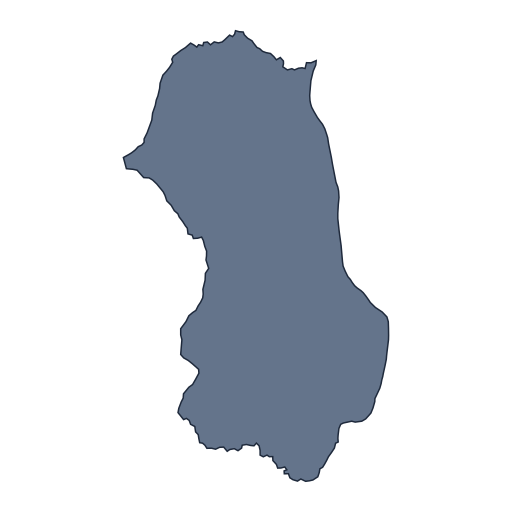 outline of Tupiratins, Tocantins, Brazil
{"feature_id": "56859067B80877563897035", "entity_name": "Tupiratins", "entity_type": "district", "adm_level": 2, "iso_a3": "BRA", "parent_name": "Brazil", "parent_adm1": "Tocantins", "projection": "albers", "projection_center": [-48.216, -8.355], "detail": "fine", "context": "isolated", "style": "filled", "palette": "slate", "viewbox_px": 512, "rotation_deg": 0, "n_neighbors": 0, "source": "geoboundaries", "source_scale": "gbopen_adm2", "svg_char_len": 3169}
<svg xmlns="http://www.w3.org/2000/svg" viewBox="0 0 512 512"><path d="M193.4,238.5L197.8,238.2L201.6,237.1L203.3,240.4L204.8,246.4L206.6,251.1L206.5,256.0L206.0,260.0L208.7,268.4L205.4,273.3L205.1,280.2L202.9,289.3L203.2,294.1L202.7,297.9L200.6,302.2L198.2,305.8L195.9,310.4L192.6,312.6L188.9,315.7L186.0,321.6L180.7,328.7L180.7,334.9L181.9,339.7L181.2,348.0L180.7,354.5L183.7,357.9L188.0,360.3L192.3,363.7L198.6,369.3L198.9,373.2L195.6,379.3L192.6,384.5L188.9,387.2L183.5,393.8L183.2,398.1L181.2,402.0L178.8,408.3L178.0,412.6L183.6,419.6L186.4,418.4L189.2,420.4L190.6,424.3L194.8,426.5L195.6,431.9L198.2,434.6L198.9,438.9L199.7,442.7L202.6,443.2L204.9,445.2L206.9,448.3L211.5,448.2L215.6,449.2L219.6,447.3L223.7,447.1L227.2,451.3L229.8,449.5L234.3,448.7L238.0,450.7L241.6,448.1L242.2,445.2L246.4,444.5L250.9,445.5L254.0,445.8L256.4,443.1L259.1,445.8L260.1,450.4L260.1,455.1L263.3,456.8L267.0,455.1L269.3,456.7L272.7,456.6L272.9,460.6L276.4,464.4L277.7,468.1L280.9,468.0L284.8,467.0L286.8,469.8L284.1,470.9L284.3,473.8L288.4,473.7L289.9,477.8L292.9,479.7L297.5,481.1L300.8,479.0L305.6,481.3L309.4,480.8L312.9,480.0L317.8,476.8L319.2,472.7L319.9,468.8L322.6,467.3L324.6,464.1L326.7,460.3L328.4,456.8L331.7,452.2L334.4,448.1L335.6,443.2L338.2,442.0L337.9,438.4L338.1,435.1L338.9,428.5L340.7,424.3L343.4,423.0L351.7,421.2L355.2,422.1L361.8,421.2L365.7,418.9L370.9,413.1L373.0,407.9L374.8,401.6L374.9,398.6L376.3,395.7L379.8,388.2L381.1,383.7L381.8,379.9L382.7,376.7L383.3,373.5L385.0,365.8L386.3,359.3L386.6,355.6L387.0,352.0L387.7,346.3L388.5,339.7L388.6,335.4L388.5,328.2L388.3,321.7L386.9,316.9L382.2,312.0L375.4,307.5L370.3,302.5L368.8,300.2L365.9,296.1L363.2,292.7L360.9,290.6L357.3,288.1L354.6,285.7L352.2,282.5L350.3,279.4L347.9,276.7L345.1,271.0L343.1,266.1L342.5,261.7L341.1,245.6L339.6,234.6L339.1,230.7L337.8,218.6L337.8,213.2L338.3,204.6L339.0,197.6L338.6,191.0L337.8,187.0L336.0,182.3L332.5,164.3L331.3,157.2L328.6,143.9L327.7,137.8L326.8,134.8L324.8,128.8L322.5,124.3L320.1,121.2L317.4,117.5L315.6,114.4L313.8,111.3L311.6,107.1L310.6,103.7L310.0,100.6L309.7,95.6L309.9,92.7L310.9,80.7L313.2,71.1L315.8,64.9L316.2,60.6L311.0,62.8L306.5,62.7L305.1,68.5L302.1,67.8L298.5,68.2L294.5,69.9L291.9,68.7L287.4,69.9L282.8,66.8L283.5,63.8L283.4,61.0L280.3,57.5L276.4,59.8L273.9,56.7L270.5,53.5L266.0,52.6L262.5,51.3L259.7,48.7L257.0,47.5L253.6,43.2L252.0,40.8L247.6,38.2L244.3,34.8L243.2,32.0L239.1,31.7L235.5,30.7L234.6,34.2L232.5,36.6L229.6,35.1L224.6,39.9L222.1,42.0L218.4,42.9L214.2,41.9L210.5,44.8L207.4,42.0L203.7,42.5L202.8,45.7L198.6,44.7L196.8,47.1L194.1,45.1L190.6,43.1L185.4,47.6L180.8,50.5L176.3,54.0L173.4,56.1L171.8,59.2L172.7,62.3L169.6,67.3L166.6,71.1L162.9,75.1L160.1,83.2L159.6,88.6L157.9,95.9L156.3,100.0L155.3,105.3L152.6,113.1L151.8,120.1L147.1,132.9L144.1,138.9L144.1,142.4L141.8,145.0L138.2,146.7L135.3,149.9L131.6,152.8L129.0,154.4L123.4,157.5L126.4,168.7L132.9,169.3L137.1,170.2L143.7,177.6L149.1,177.9L152.6,180.0L156.8,184.0L163.2,191.8L165.0,195.4L166.8,200.9L171.2,205.3L174.3,210.7L177.9,213.8L179.2,217.0L182.8,221.7L185.4,225.8L187.3,228.2L188.0,233.9L192.2,235.1L193.4,238.5Z" fill="#64748b" stroke="#1e293b" stroke-width="1.5"/></svg>